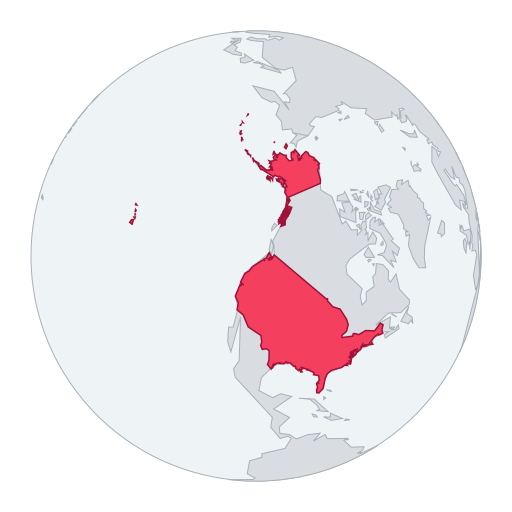 the Earth from above United States of America, rotated 53°
{"feature_id": "USA", "entity_name": "United States of America", "entity_type": "country or territory", "adm_level": 0, "iso_a3": "USA", "parent_name": "North America", "parent_adm1": "", "projection": "orthographic", "projection_center": [-126.716, 45.186], "detail": "fine", "context": "on_globe", "style": "filled", "palette": "rose", "viewbox_px": 512, "rotation_deg": 53, "n_neighbors": 0, "source": "natural_earth", "source_scale": "50m", "svg_char_len": 16045}
<svg xmlns="http://www.w3.org/2000/svg" viewBox="0 0 512 512"><g transform="rotate(53 256 256)"><circle cx="256" cy="256" r="225" fill="#eef3f6" stroke="#a8b0b8"/><path d="M82.5,391.8L83.0,392.9L82.9,392.8L82.5,391.8ZM418.2,412.4L432.9,392.6L432.7,390.3L424.7,394.1L415.7,384.4L420.4,372.3L417.4,370.4L427.1,348.7L423.0,337.7L419.2,338.7L416.3,346.5L401.7,347.3L394.6,340.0L340.3,345.6L332.7,341.9L329.4,332.4L295.6,305.2L317.5,333.8L307.3,330.1L296.3,320.7L299.0,317.1L286.9,301.6L275.7,296.6L262.9,275.0L261.3,244.1L267.0,248.2L266.0,240.8L258.7,235.4L254.2,233.8L240.8,204.9L217.8,190.2L207.2,193.9L212.1,186.9L189.8,200.4L175.1,200.1L193.8,195.4L197.3,191.2L188.4,188.2L190.1,183.3L186.8,179.3L189.6,173.9L200.2,172.1L202.3,168.7L195.8,166.9L194.6,160.7L203.7,163.8L202.5,153.5L220.1,149.9L242.2,164.6L254.1,159.7L282.5,167.9L282.1,163.3L292.6,164.1L295.9,159.2L300.3,162.6L299.2,155.9L294.6,153.7L292.7,150.2L294.2,147.2L300.0,150.9L300.1,152.9L302.6,152.5L304.8,155.6L304.6,152.4L311.4,157.5L307.0,148.3L314.5,148.9L318.3,153.4L314.7,158.3L314.8,182.8L317.6,189.9L325.2,194.3L346.1,190.9L350.6,196.8L358.9,200.8L358.0,194.8L351.1,189.6L351.4,180.0L343.0,175.4L341.9,171.0L334.5,164.5L339.1,159.9L347.6,159.0L353.9,164.3L357.8,164.3L354.6,155.0L369.1,161.4L383.4,159.9L386.7,162.5L388.3,174.4L381.2,184.6L383.2,202.0L385.5,185.3L393.9,192.8L396.8,192.0L398.4,188.7L396.6,183.8L400.2,185.5L399.3,202.1L396.0,200.8L396.3,195.4L393.0,200.5L392.5,212.7L396.8,216.0L391.5,232.3L394.5,235.1L395.0,240.4L390.5,234.8L398.4,245.5L392.8,269.0L403.4,288.2L389.2,278.0L381.7,280.8L373.6,286.4L375.2,289.6L362.2,293.9L354.0,306.7L356.4,324.8L365.2,334.7L379.2,328.0L380.9,319.1L389.7,312.1L388.8,334.0L405.1,326.4L406.5,340.3L412.0,343.7L418.8,336.7L426.3,334.0L429.8,322.4L436.1,311.4L438.3,321.4L440.2,308.2L444.9,309.0L456.3,293.2L456.0,296.8L466.0,295.0L473.4,284.5L475.2,287.8L474.6,294.0L476.4,289.6L476.4,292.3L480.6,273.0L480.7,272.7L478.7,290.0L475.4,307.0L470.9,323.7L465.0,340.1L457.9,355.9L449.6,371.1L440.2,385.7L429.7,399.5L418.2,412.4ZM152.8,336.8L153.1,331.9L156.0,335.9L152.8,336.8ZM151.2,328.4L151.5,330.2L150.8,328.6L151.2,328.4ZM149.3,326.8L150.7,328.0L149.0,327.2L149.3,326.8ZM146.6,325.4L148.1,326.0L147.9,326.1L146.6,325.4ZM405.3,295.6L423.7,292.1L415.8,300.8L416.9,297.6L411.7,297.0L402.8,299.3L395.2,307.4L405.3,295.6ZM142.9,321.5L142.0,320.4L143.5,320.5L142.9,321.5ZM407.8,278.9L404.8,280.4L407.4,278.1L407.8,278.9ZM251.9,234.0L258.4,235.9L264.3,242.8L258.7,241.7L251.9,234.0ZM240.9,221.4L244.4,220.7L245.3,228.3L243.0,226.3L240.9,221.4ZM199.2,198.1L204.2,199.3L198.8,199.9L199.2,198.1ZM185.8,179.7L183.9,181.0L183.0,178.4L185.8,179.7ZM332.5,167.5L333.5,166.1L334.4,168.0L332.5,167.5ZM328.4,166.3L328.6,169.6L326.7,169.5L326.6,167.4L328.4,166.3ZM186.4,167.8L185.6,163.5L188.3,167.5L186.4,167.8ZM328.5,162.2L323.2,169.0L319.8,168.8L316.5,160.9L328.5,162.2ZM186.3,160.7L184.1,150.7L179.6,152.5L191.2,142.1L189.2,153.8L193.2,158.4L188.8,157.9L186.3,160.7ZM292.5,154.4L297.5,156.5L291.9,157.5L292.5,154.4ZM289.4,156.0L275.1,165.1L268.6,160.9L274.7,158.5L265.1,155.5L268.9,148.9L275.1,149.0L278.5,153.0L277.4,147.5L289.4,156.0ZM197.9,138.2L199.0,135.7L199.9,138.0L197.9,138.2ZM291.4,148.8L289.1,150.9L283.3,147.3L286.9,142.5L287.6,145.2L291.4,148.8ZM260.7,158.1L257.0,154.8L259.1,148.5L257.9,146.4L268.5,148.4L260.7,158.1ZM289.7,144.5L288.8,140.2L293.0,139.3L293.3,146.6L289.7,144.5ZM280.3,148.5L277.7,146.6L280.3,146.0L280.3,148.5ZM307.3,134.3L304.7,136.6L301.4,134.8L307.3,134.3ZM288.2,138.7L286.8,139.1L285.2,138.7L285.5,135.8L288.2,138.7ZM269.2,143.9L270.9,142.1L265.0,142.7L266.3,138.3L273.1,140.5L270.8,137.7L271.2,136.3L276.3,139.7L269.2,143.9ZM281.0,132.0L290.1,133.7L295.7,129.7L298.8,131.1L289.2,137.3L281.0,132.0ZM277.8,136.2L280.5,133.8L282.9,136.5L282.6,139.8L277.8,136.2ZM264.8,134.5L261.0,140.8L259.6,140.1L264.8,134.5ZM282.2,130.2L279.9,129.9L282.3,129.6L282.2,130.2ZM269.6,132.5L268.4,134.7L266.9,133.9L269.6,132.5ZM276.5,127.4L279.4,127.9L279.3,130.1L276.5,127.4ZM272.9,129.3L271.1,127.6L277.5,130.6L272.7,130.4L272.9,129.3ZM268.4,131.4L267.1,131.6L269.1,130.5L268.4,131.4ZM275.3,119.1L283.3,122.3L283.0,127.0L275.3,123.2L275.3,119.1ZM455.6,151.6L452.8,146.7L413.0,96.8L407.7,90.5L379.9,67.9L377.0,66.0L378.3,66.8L391.9,76.3L404.7,86.8L416.7,98.2L427.9,110.4L438.1,123.4L447.4,137.2L455.6,151.6ZM295.5,34.2L301.3,35.4L293.4,34.2L304.9,36.4L302.3,35.6L309.5,37.2L312.3,38.1L309.4,37.5L315.3,39.2L327.7,42.5L327.2,42.3L351.4,51.9L351.8,52.1L349.4,51.1L357.4,57.0L361.5,58.5L354.3,53.3L357.8,55.1L362.4,57.4L363.1,57.8L361.9,57.3L368.7,63.3L382.4,72.8L404.8,88.4L411.8,95.5L415.4,101.1L402.3,94.0L388.2,79.2L383.3,77.3L382.0,80.6L377.8,76.1L375.5,75.9L369.7,71.0L357.4,65.5L351.0,61.3L342.1,61.0L337.6,59.0L344.1,59.6L345.2,58.1L328.6,49.4L324.2,48.3L319.8,49.0L315.7,46.8L313.6,48.7L302.1,45.6L314.3,51.2L309.5,53.0L300.3,52.5L300.9,54.3L315.8,55.2L319.8,54.8L319.6,52.7L332.3,53.4L338.9,56.1L333.9,59.8L342.7,64.3L335.0,65.9L299.6,61.3L286.8,59.0L274.3,49.5L279.6,48.1L286.7,50.7L283.8,45.9L282.3,47.4L278.9,45.9L273.5,47.8L270.8,46.9L270.1,50.7L266.2,49.7L266.8,47.4L255.4,50.3L246.3,49.7L245.0,50.9L246.2,52.3L233.9,51.2L233.5,52.1L237.3,52.8L239.0,55.3L237.2,59.5L233.0,58.8L233.1,57.2L227.1,53.2L228.0,49.5L226.2,49.8L224.4,52.9L231.7,57.6L231.8,60.4L227.5,58.2L229.0,59.2L227.8,60.4L222.6,61.1L227.0,63.6L218.7,79.5L207.9,83.0L205.0,78.9L194.8,91.0L183.5,95.1L187.1,95.6L184.6,102.4L188.1,101.2L189.6,102.0L184.9,120.2L180.6,124.4L182.6,133.8L184.5,134.2L187.8,131.5L191.2,142.1L179.6,152.5L176.0,151.0L171.2,159.0L163.7,154.7L155.3,155.1L149.9,146.4L143.7,148.0L142.5,151.1L133.3,155.9L118.2,156.1L135.5,142.3L159.2,141.7L150.0,140.5L153.6,137.0L151.2,134.3L144.6,134.1L142.9,136.4L140.1,118.3L127.2,113.3L124.4,121.7L118.1,127.2L101.0,131.4L89.3,121.1L80.8,130.3L77.3,132.7L78.0,128.2L83.2,124.5L88.0,118.0L90.8,116.9L93.7,109.2L97.8,107.4L98.1,102.8L93.1,107.1L89.0,114.1L87.4,111.6L77.5,123.0L71.4,129.1L71.3,127.0L80.9,114.2L91.5,102.1L102.8,90.8L114.9,80.4L127.8,70.8L141.2,62.1L155.3,54.5L169.9,47.8L184.9,42.2L200.2,37.7L215.9,34.3L231.7,32.0L247.7,30.9L263.7,30.9L279.7,32.0L295.5,34.2ZM430.2,113.6L432.1,115.7L430.2,113.6ZM260.3,30.8L256.7,30.7L256.6,30.9L261.6,31.0L274.4,31.5L260.3,30.8ZM456.6,292.6L458.3,292.7L456.6,295.3L456.6,292.6ZM416.0,306.2L419.3,303.7L421.5,303.9L419.2,306.6L416.0,306.2ZM440.3,282.2L443.4,279.6L440.7,284.2L440.3,282.2ZM426.3,291.2L437.8,284.7L432.6,294.7L425.1,298.9L429.5,293.4L426.3,291.2ZM409.0,286.6L411.3,285.7L411.5,288.3L409.0,286.6ZM409.7,277.3L409.0,278.2L407.3,277.3L409.7,277.3ZM393.9,191.8L394.1,190.5L396.3,188.0L396.5,190.8L393.9,191.8ZM398.7,168.1L404.4,171.4L400.4,170.8L401.9,175.1L395.3,179.5L388.1,164.1L392.5,170.1L398.7,168.1ZM384.6,181.9L389.6,180.3L384.4,182.6L384.6,181.9ZM368.5,81.2L367.9,78.8L372.2,80.0L380.4,86.7L374.3,84.9L368.5,81.2ZM366.1,75.3L358.9,77.9L353.5,74.3L357.8,75.8L354.9,73.1L361.0,74.9L362.9,69.5L366.8,70.3L379.8,81.4L373.4,77.2L374.3,79.6L366.1,75.3ZM350.0,95.0L346.9,97.2L339.3,86.3L343.2,85.6L351.6,91.8L352.0,96.4L350.0,95.0ZM323.6,147.5L322.9,149.9L321.3,148.8L320.6,145.8L323.6,147.5ZM306.3,135.5L325.1,136.2L325.3,138.9L336.1,136.7L340.7,143.0L333.5,144.1L345.1,147.6L340.4,151.1L348.3,152.9L331.8,154.7L328.1,158.4L330.5,151.7L326.4,145.8L323.6,144.3L312.6,143.1L302.5,148.6L296.9,144.0L295.6,139.3L297.1,137.2L300.3,140.8L300.1,135.5L305.9,139.2L306.3,135.5ZM283.4,93.0L286.5,96.9L287.0,89.0L292.8,91.7L292.5,90.7L298.0,91.2L304.2,90.0L306.3,91.9L307.8,90.7L311.5,91.2L314.2,90.3L319.0,93.5L322.8,92.7L322.9,94.7L328.1,92.5L326.4,95.6L331.0,96.9L330.2,93.2L349.4,115.1L358.8,122.7L367.5,127.6L363.5,132.9L352.7,132.0L339.4,128.0L331.0,120.3L330.7,124.3L326.5,121.9L328.5,119.7L323.0,121.8L320.1,119.3L308.3,117.2L302.1,122.2L297.6,121.7L298.6,118.5L293.5,120.4L292.3,114.2L289.0,113.8L284.6,107.6L288.4,102.0L284.5,102.1L280.9,97.7L283.4,93.0ZM274.3,117.2L277.4,109.4L282.2,107.2L287.9,119.1L291.0,120.3L294.8,128.3L287.9,131.4L287.4,128.8L285.4,127.0L288.4,126.7L284.4,125.6L283.7,122.0L280.4,120.3L282.3,118.2L274.3,117.2ZM369.9,61.6L371.6,62.7L369.0,61.1L364.4,58.5L364.6,58.6L369.9,61.6ZM376.6,66.8L373.9,65.0L376.5,66.0L379.2,67.9L376.6,66.8ZM370.2,63.5L373.5,64.9L373.4,65.2L370.2,63.5ZM341.4,58.3L338.3,56.9L338.8,56.4L341.5,56.9L341.4,58.3ZM286.3,72.0L287.3,74.1L285.9,74.3L283.5,78.8L279.0,77.4L278.7,74.1L286.3,72.0ZM281.1,71.2L280.6,73.1L278.7,71.2L281.1,71.2ZM275.6,76.6L273.0,74.8L278.2,77.7L275.6,76.6ZM66.9,134.5L63.6,139.0L63.0,139.8L66.2,134.9L66.9,134.5ZM242.2,65.0L250.5,60.1L253.5,56.3L250.5,53.5L258.2,55.7L253.6,61.5L242.2,65.0ZM222.0,77.6L224.7,80.5L221.2,81.1L220.1,80.5L222.0,77.6ZM225.2,78.0L232.8,78.3L232.8,81.2L226.8,80.4L225.2,78.0ZM257.1,73.5L259.9,72.0L261.4,73.5L257.1,73.5ZM78.6,389.6L81.2,393.1L78.7,390.6L78.6,389.6ZM82.9,392.8L79.9,390.0L82.5,391.8L82.9,392.8ZM58.0,361.8L59.5,364.7L59.1,364.2L58.0,361.8ZM57.1,360.3L56.9,359.3L57.9,361.6L57.1,360.3ZM46.1,335.4L46.3,335.6L46.9,337.2L46.1,335.4ZM44.4,330.7L42.9,327.0L42.7,326.1L44.4,330.7ZM43.7,328.1L43.2,326.0L45.2,332.3L43.7,328.1ZM40.2,317.5L42.5,324.8L40.1,317.3L40.2,317.5ZM39.4,315.3L38.2,311.0L38.2,310.7L39.4,315.3ZM35.9,301.2L37.7,309.1L37.7,309.5L37.0,306.8L35.9,301.2ZM32.8,286.6L33.6,290.4L34.2,293.0L33.7,292.7L33.3,289.9L32.8,286.6ZM32.8,284.1L33.8,289.8L34.7,295.7L32.8,284.1ZM69.5,146.2L72.4,143.3L71.7,147.0L69.9,148.0L69.5,146.2ZM72.0,157.7L72.5,147.1L73.3,139.2L71.0,143.0L67.6,144.3L73.2,136.8L75.6,139.8L74.3,146.5L78.0,145.2L79.4,149.3L85.2,145.5L87.1,147.0L81.4,152.7L72.0,157.7ZM87.7,143.7L98.3,140.1L95.1,149.0L92.1,151.8L88.6,149.6L90.5,144.9L87.7,143.7ZM99.9,141.9L101.8,137.6L121.4,126.0L124.8,125.9L108.2,138.7L109.1,135.4L104.9,136.9L99.9,141.9ZM196.5,135.8L198.7,135.7L196.7,137.4L196.5,135.8ZM191.6,101.1L193.4,102.5L190.9,104.2L191.6,101.1ZM196.9,107.5L198.4,104.5L198.5,107.9L196.9,107.5ZM201.6,98.1L199.9,103.5L199.0,98.0L201.6,98.1Z" fill="#d9dde1" stroke="#a8b0b8" stroke-width="1"/><path d="M381.5,213.3L387.2,206.3L384.4,197.1L387.4,195.9L390.7,199.9L394.0,201.2L393.1,205.5L392.0,205.0L391.8,210.2L393.5,215.7L396.7,215.8L395.2,218.5L394.1,218.0L394.8,219.5L392.6,222.2L391.8,225.7L391.4,224.5L390.8,224.0L391.8,226.8L392.6,226.8L393.6,228.9L393.8,232.7L391.5,232.3L391.4,230.0L391.1,231.9L392.5,233.4L393.7,233.9L394.5,235.0L395.1,240.6L394.2,237.6L391.4,236.2L390.8,232.8L389.9,234.8L392.6,238.3L390.6,238.2L390.2,238.7L389.9,237.1L389.7,236.8L389.8,238.1L390.2,239.0L393.1,238.8L390.9,239.3L393.6,239.9L392.8,240.9L394.6,241.6L394.5,242.0L393.6,241.6L392.1,242.3L394.5,242.4L395.4,241.5L398.3,244.3L396.0,242.3L397.2,243.8L395.2,245.1L397.8,244.6L397.9,247.0L395.8,247.9L397.3,247.8L396.8,249.4L398.2,249.1L396.4,251.2L396.6,254.7L392.6,264.6L393.0,270.2L395.4,274.4L402.3,282.3L403.2,288.3L401.7,289.8L399.2,288.0L398.0,285.9L394.8,284.7L395.1,282.9L394.1,283.7L393.2,279.8L389.2,278.0L385.4,281.5L383.9,279.9L379.7,282.2L379.9,281.1L379.5,282.3L377.7,283.8L377.1,282.2L377.2,283.5L371.4,287.1L374.2,286.5L373.8,288.5L376.3,288.9L375.5,290.2L372.7,289.4L373.1,291.0L369.9,291.9L367.6,290.8L366.9,292.3L361.9,292.9L359.9,296.2L360.4,295.4L358.8,295.4L358.8,298.4L356.4,301.3L355.0,301.0L355.9,301.7L354.0,303.7L353.9,306.9L352.8,306.9L355.4,312.0L349.5,312.1L347.3,308.6L339.7,302.6L336.6,303.2L334.4,307.2L330.4,306.2L328.0,303.0L322.4,299.9L308.0,304.9L295.4,301.7L287.6,303.5L282.7,298.3L275.6,296.7L269.1,285.6L270.5,285.8L269.6,283.8L272.0,283.4L267.5,284.0L263.2,275.3L263.8,270.5L262.3,265.2L263.4,251.8L265.5,252.0L263.2,251.6L263.7,248.9L261.2,243.4L266.3,244.1L265.5,247.1L267.0,245.0L267.0,247.4L265.9,248.1L266.7,248.2L267.6,247.1L267.8,244.6L266.1,240.8L333.4,225.5L332.8,224.2L334.9,225.9L342.8,225.2L349.0,220.8L360.8,221.7L366.3,223.6L370.6,229.0L371.1,235.3L372.9,236.3L378.2,227.1L376.6,225.1L377.0,224.2L380.7,221.0L381.5,213.3ZM248.7,214.0L247.3,218.3L246.3,216.7L247.0,216.1L246.5,213.1L244.8,213.9L244.0,215.0L245.4,212.6L243.0,209.2L241.6,208.6L241.4,206.8L242.5,207.2L241.8,206.1L242.5,206.0L240.8,205.1L241.3,203.4L239.5,203.5L238.8,199.7L238.7,204.2L237.2,203.4L237.0,200.9L236.7,202.0L235.3,200.8L236.9,203.2L235.6,203.8L230.2,198.0L231.0,196.6L231.2,197.9L231.9,197.2L231.2,196.4L229.1,197.2L227.5,195.3L222.3,194.7L221.2,193.2L221.9,192.0L220.6,192.9L218.6,191.0L219.4,189.6L215.8,188.9L214.6,190.8L215.8,191.2L214.3,192.8L212.7,191.8L208.7,194.1L206.9,193.4L209.3,192.1L207.8,191.6L210.2,188.5L214.3,189.2L213.0,187.7L214.5,186.8L206.5,189.1L206.7,190.4L202.7,192.4L203.5,194.3L190.6,198.9L189.8,200.1L183.4,199.1L178.6,200.1L183.6,197.9L186.0,199.5L186.9,197.7L194.1,195.9L194.8,193.8L195.8,193.7L195.6,192.6L198.1,190.6L194.7,191.4L194.6,190.4L195.6,190.3L194.3,189.7L193.0,191.6L191.8,188.2L188.0,188.2L189.8,187.0L190.8,182.4L192.4,181.5L190.4,182.3L190.0,183.3L187.5,182.8L186.8,179.1L188.4,178.5L189.4,180.3L190.3,179.4L188.0,178.1L188.8,177.7L188.0,174.9L191.9,173.3L193.9,171.2L195.2,172.6L199.8,172.3L200.9,170.4L200.6,169.4L202.1,168.6L198.7,168.7L194.6,165.6L194.9,163.2L196.2,163.4L194.6,160.8L201.2,160.5L202.2,160.9L202.2,161.1L200.9,162.0L201.1,162.6L204.7,164.0L204.1,162.9L204.2,160.8L204.6,160.8L204.6,162.8L206.2,163.8L204.7,161.9L205.5,160.9L203.5,159.5L202.5,153.5L204.4,152.3L208.0,153.1L212.3,150.5L214.8,150.6L214.4,151.7L215.5,151.2L214.9,150.5L215.7,150.2L220.4,149.7L220.8,151.0L219.9,151.8L221.5,151.4L224.1,153.3L223.9,154.7L234.2,158.8L236.7,161.0L228.5,194.8L232.1,195.3L234.4,201.1L238.7,198.2L242.3,203.9L245.0,211.1L248.7,214.0ZM201.4,197.2L204.0,199.3L202.5,199.1L202.8,199.8L201.5,199.9L200.3,200.2L199.5,201.0L200.1,200.4L198.9,198.5L200.5,197.8L200.8,199.3L201.4,197.2ZM241.1,211.8L243.9,215.3L243.1,214.8L242.8,215.3L244.2,216.4L244.0,218.3L240.6,213.9L241.7,213.5L240.6,213.2L241.1,211.8ZM153.2,336.6L152.1,333.5L153.2,331.9L156.0,335.8L153.2,336.6ZM184.6,164.5L187.0,164.8L188.3,167.5L186.2,167.8L184.6,164.5ZM235.6,204.9L238.9,205.1L238.0,206.0L238.7,207.1L237.5,206.3L236.6,207.1L235.6,204.9ZM185.3,179.0L185.1,181.0L183.0,178.4L183.9,178.9L185.3,179.0ZM237.6,206.8L239.0,210.1L238.6,212.0L237.5,207.9L236.6,208.7L237.6,206.8ZM239.1,203.8L240.4,204.8L241.1,206.8L240.2,205.2L240.8,207.8L239.5,208.9L239.1,203.8ZM175.2,199.5L178.5,200.1L178.8,200.9L175.2,199.5ZM246.0,213.6L246.0,216.5L244.6,216.4L246.0,213.6ZM393.9,222.4L394.8,221.1L392.0,226.1L394.0,221.5L393.9,222.4ZM240.5,209.1L242.6,209.8L241.8,209.9L242.0,211.3L240.5,209.1ZM167.6,200.6L171.6,200.2L169.7,201.2L167.6,200.6ZM204.0,195.9L205.4,197.1L202.6,196.7L204.0,195.9ZM239.6,209.7L240.9,210.6L239.6,212.7L239.6,209.7ZM167.3,200.4L165.7,200.8L164.3,200.8L167.1,199.5L167.3,200.4ZM243.7,211.4L243.6,213.5L242.9,212.5L243.7,211.4ZM151.5,330.1L152.2,329.0L153.0,330.1L151.5,330.1ZM154.2,197.0L152.0,195.9L154.8,196.5L154.2,197.0ZM241.7,216.2L242.4,218.3L241.0,215.8L241.7,216.2ZM147.4,324.2L148.2,326.0L146.4,324.2L147.4,324.2ZM215.9,193.6L217.0,192.1L217.4,192.4L215.9,193.6ZM137.5,176.3L138.4,177.0L138.4,177.9L137.5,176.3ZM143.5,320.5L142.5,321.3L142.0,320.5L143.5,320.5ZM149.7,194.2L149.5,195.3L148.4,195.0L149.7,194.2ZM147.9,193.4L146.9,193.3L147.2,192.5L147.9,193.4ZM175.7,172.1L176.4,173.1L176.4,173.6L175.7,172.1ZM218.3,191.9L219.1,192.4L218.0,192.1L218.3,191.9ZM243.1,211.6L242.5,212.2L242.3,211.8L243.1,211.6ZM240.4,215.0L241.4,215.1L240.5,215.9L240.4,215.0ZM154.4,197.2L155.4,198.1L155.9,198.6L154.5,197.7L154.4,197.2ZM149.1,327.2L150.2,327.3L151.0,327.8L149.1,327.2ZM149.0,193.8L147.5,193.9L149.0,193.8ZM266.7,243.2L267.4,244.7L267.4,244.9L266.4,243.8L266.7,243.2ZM172.9,200.2L172.2,200.1L172.3,199.7L172.9,200.2ZM355.7,310.8L354.4,308.7L354.2,307.4L354.6,308.7L355.7,310.8ZM190.0,189.4L189.8,188.9L190.7,188.8L190.0,189.4ZM142.3,189.3L142.2,190.6L142.0,188.9L142.3,189.3ZM201.8,200.4L201.1,200.7L201.0,200.4L201.4,200.0L201.8,200.4ZM141.3,186.5L140.7,186.1L141.8,186.1L141.3,186.5ZM354.3,306.0L354.1,307.2L354.6,304.7L354.3,306.0ZM400.1,279.6L401.4,281.2L400.0,279.5L400.1,279.6ZM399.1,245.4L399.1,246.5L398.5,244.4L399.1,245.4ZM394.7,235.9L394.9,237.3L394.6,235.5L394.7,235.9Z" fill="#f43f5e" stroke="#9f1239" stroke-width="1.5"/></g></svg>